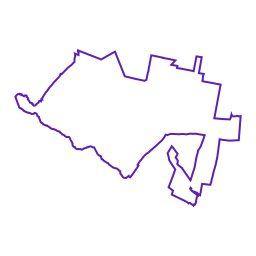 Odobesti, Vrancea, Romania
{"feature_id": "2599482B34308784791861", "entity_name": "Odobesti", "entity_type": "district", "adm_level": 2, "iso_a3": "ROU", "parent_name": "Romania", "parent_adm1": "Vrancea", "projection": "mercator", "projection_center": [27.113, 45.751], "detail": "fine", "context": "isolated", "style": "outline", "palette": "violet", "viewbox_px": 256, "rotation_deg": 0, "n_neighbors": 0, "source": "geoboundaries", "source_scale": "gbopen_adm2", "svg_char_len": 5621}
<svg xmlns="http://www.w3.org/2000/svg" viewBox="0 0 256 256"><path d="M188.8,203.3L189.9,202.9L193.4,205.6L193.9,205.0L194.1,204.4L194.8,204.7L195.1,204.2L195.2,203.7L195.6,203.5L196.1,202.0L195.9,201.9L196.1,200.6L196.8,197.4L197.0,197.0L198.1,195.9L197.4,195.4L195.5,193.6L191.9,191.0L190.1,188.7L190.7,187.8L191.2,188.3L190.5,189.0L191.0,189.5L192.0,190.7L193.9,192.0L194.2,191.7L194.8,192.0L195.6,192.7L195.8,192.3L196.7,192.6L198.5,194.1L199.2,194.7L199.8,195.2L200.1,195.3L202.1,183.9L210.4,184.8L211.4,181.3L211.4,180.8L211.7,179.4L212.1,178.2L212.5,176.8L213.8,171.0L214.4,169.2L215.8,164.1L217.3,157.1L218.9,145.2L219.3,142.0L219.6,139.3L220.4,139.4L221.1,139.7L221.5,139.7L227.8,140.5L229.6,140.6L231.0,140.6L238.8,140.2L240.6,116.4L240.4,116.5L240.0,116.2L238.7,116.4L237.2,115.9L236.9,115.8L236.0,116.2L234.1,116.4L232.4,116.2L232.1,115.9L231.5,114.4L230.6,118.1L230.3,118.6L229.8,119.0L229.8,119.4L229.6,119.4L224.2,119.1L223.0,119.1L222.2,119.0L214.3,118.3L220.6,84.6L215.2,83.6L214.6,83.4L202.7,81.3L202.4,81.1L202.4,80.6L202.7,79.8L202.9,77.3L203.2,75.5L203.6,74.5L203.7,73.9L198.9,73.2L201.7,57.2L196.5,56.4L193.6,71.2L191.1,70.6L187.6,69.9L187.2,69.8L186.4,69.7L184.4,69.3L182.9,69.1L182.4,68.9L177.0,68.0L177.4,65.9L171.3,64.8L175.4,60.4L169.4,59.1L163.0,57.9L163.0,57.7L151.3,55.3L150.7,58.0L150.3,60.8L149.9,62.2L149.5,65.2L149.0,67.0L148.8,67.9L148.7,69.4L148.6,69.9L148.3,71.5L148.0,72.3L147.7,73.4L146.4,79.8L144.6,80.8L137.2,79.2L136.8,79.2L124.8,76.3L115.0,51.7L112.9,52.8L101.1,59.5L98.3,58.3L78.0,50.4L77.9,51.0L77.9,51.6L78.6,52.3L78.5,55.0L74.9,53.6L75.1,54.3L75.2,56.0L75.1,56.9L74.6,58.1L74.5,59.7L74.4,62.0L74.2,62.1L71.1,65.3L69.4,66.5L67.4,68.2L61.7,74.1L61.2,74.2L60.9,73.7L60.7,73.8L60.7,74.0L60.4,74.4L60.3,74.5L60.4,75.0L60.1,75.5L58.5,77.6L58.3,77.7L54.0,82.3L53.3,83.1L52.0,84.8L51.9,84.9L51.8,85.1L50.5,86.3L49.5,87.6L48.7,88.6L47.0,91.1L46.4,91.7L45.9,92.1L44.8,94.0L44.3,94.6L43.7,95.7L42.3,98.0L42.3,98.5L42.1,99.1L42.2,99.6L41.3,99.3L40.9,101.4L39.2,100.9L38.5,102.6L37.1,103.6L36.7,103.9L36.5,104.3L34.8,105.6L34.4,105.5L33.9,105.7L33.3,105.3L32.9,104.7L32.3,104.2L32.7,103.8L32.7,103.6L31.7,103.0L31.3,102.9L30.7,102.8L30.0,102.6L29.5,101.3L28.7,100.4L28.5,100.0L27.9,99.3L28.2,98.6L28.2,98.4L27.7,97.7L26.6,96.9L26.7,96.5L26.6,96.4L26.6,95.7L26.4,95.5L24.9,95.4L24.2,96.2L24.0,96.3L23.3,95.8L22.9,95.5L21.6,95.1L21.7,94.3L21.4,94.1L21.0,94.0L20.8,94.1L20.3,94.5L20.1,94.5L19.1,93.7L18.1,94.0L17.2,94.6L16.4,95.4L16.0,96.0L15.4,96.5L15.4,96.8L19.4,107.8L19.8,108.0L20.3,108.1L21.4,108.8L21.6,108.8L22.2,109.4L22.8,109.6L23.1,109.9L23.3,110.5L23.7,110.6L23.8,110.8L24.3,110.9L25.4,111.8L26.0,111.9L27.1,112.4L27.8,112.5L28.1,112.8L30.0,113.1L31.8,114.0L32.0,114.1L32.7,113.9L33.7,113.8L34.1,113.6L34.5,113.0L34.8,112.9L35.1,112.9L35.8,113.2L36.7,114.0L37.1,114.8L37.4,115.4L37.5,116.2L38.5,116.6L39.0,117.0L39.1,117.3L39.1,117.9L39.2,118.4L39.4,118.9L39.8,119.3L40.4,121.6L41.0,122.2L41.0,122.4L41.3,122.8L41.7,123.0L42.3,123.1L42.6,123.3L42.9,123.9L43.2,124.4L43.6,124.3L44.5,124.9L45.0,125.1L45.8,125.5L46.2,125.5L46.4,125.6L46.5,125.4L46.8,125.4L48.3,126.5L49.7,127.3L50.0,127.6L50.4,128.1L50.6,128.1L51.3,128.7L52.6,129.0L52.9,128.9L53.7,129.1L54.3,129.5L54.7,129.7L55.1,129.6L55.7,129.9L57.2,130.8L58.3,131.3L59.0,131.3L59.3,131.6L59.8,131.7L60.1,132.3L60.1,132.5L61.3,133.3L62.3,134.5L63.5,134.8L63.9,135.0L65.1,136.2L66.2,136.9L66.6,137.1L68.3,137.0L69.2,137.1L69.8,138.0L70.1,138.6L70.3,139.6L70.6,140.2L71.3,141.0L71.8,142.0L72.0,142.8L72.5,143.2L72.6,143.4L72.5,145.4L72.8,145.8L73.2,146.1L73.4,146.5L73.6,146.7L74.9,147.0L75.2,148.0L75.6,148.4L76.3,148.7L77.5,149.2L77.8,149.1L78.0,149.0L78.4,149.0L79.1,149.2L79.8,149.1L80.8,149.2L81.2,149.6L81.8,149.6L82.7,149.3L83.7,148.5L84.7,148.3L85.0,148.1L86.5,147.8L87.0,147.2L88.3,147.2L89.1,146.6L89.6,146.6L90.0,146.4L91.0,146.3L92.6,147.3L94.1,147.3L95.5,150.2L96.4,151.7L96.9,152.8L97.7,154.3L99.3,155.6L99.8,155.8L100.3,155.8L100.6,155.9L100.9,156.5L101.3,157.6L101.5,158.8L101.6,159.2L102.0,159.3L102.4,159.2L103.1,159.8L103.6,160.6L107.4,163.0L108.2,163.2L108.4,163.8L109.5,164.9L113.1,167.5L115.0,168.2L116.5,168.4L117.0,168.6L117.5,169.0L118.0,169.5L118.6,169.9L118.9,170.5L119.1,170.6L120.1,171.1L120.2,171.4L120.4,173.3L120.4,173.9L120.9,174.3L121.6,175.1L122.0,175.9L122.3,176.1L122.7,176.9L123.4,177.5L123.8,177.6L124.5,177.9L126.1,178.0L128.7,175.9L128.9,176.3L129.9,177.2L130.2,177.3L132.6,174.2L138.3,166.0L138.5,165.7L137.5,164.9L139.0,162.5L140.1,161.0L141.0,160.0L143.6,156.6L144.2,155.9L145.2,154.9L146.4,153.9L149.0,152.0L149.5,151.5L151.5,149.8L155.7,146.1L160.1,142.0L161.1,141.2L161.6,140.8L164.2,137.4L165.6,134.9L165.8,134.8L166.0,134.7L167.0,135.0L167.3,135.0L170.5,134.0L171.2,133.9L173.9,134.0L176.9,134.2L177.5,134.1L178.5,134.3L179.8,134.2L181.7,134.0L184.1,134.1L185.2,134.2L186.1,134.4L187.3,134.2L187.6,134.1L188.3,134.0L189.2,133.9L189.8,133.7L192.2,133.7L192.8,133.9L193.4,133.9L194.5,133.7L195.4,133.7L204.7,135.2L203.0,140.2L200.6,146.6L197.9,150.9L197.9,152.0L196.4,157.4L194.6,167.3L193.6,170.6L192.8,172.9L191.6,177.0L191.1,178.4L190.6,180.2L190.5,180.4L184.4,171.6L182.7,169.3L182.4,168.8L182.4,168.3L179.4,166.0L177.7,164.6L177.2,163.9L177.7,162.5L177.7,161.5L177.8,160.6L175.7,157.5L176.1,157.1L176.0,156.8L176.1,156.7L177.3,154.6L177.3,154.2L177.5,153.7L172.3,146.8L171.8,146.3L167.6,153.2L168.7,157.0L168.8,157.5L169.1,159.6L169.2,160.0L169.4,160.4L171.7,164.1L175.3,169.5L175.0,170.0L172.8,176.4L172.2,177.8L171.8,179.0L168.6,187.3L173.0,190.6L171.8,194.6L185.0,201.0L186.7,201.9L188.2,202.9L188.8,203.1L188.8,203.3Z" fill="none" stroke="#5b21b6" stroke-width="2"/></svg>